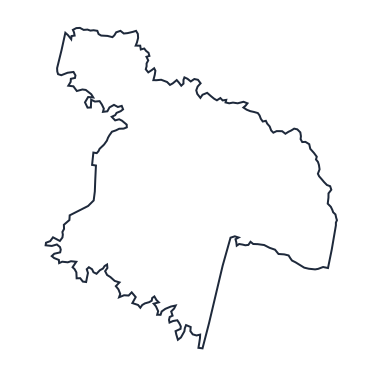 the district of Catanduvas, Paraná, Brazil, rotated 96°
{"feature_id": "56859067B59737068657378", "entity_name": "Catanduvas", "entity_type": "district", "adm_level": 2, "iso_a3": "BRA", "parent_name": "Brazil", "parent_adm1": "Paraná", "projection": "natural_earth1", "projection_center": [-53.163, -25.234], "detail": "fine", "context": "isolated", "style": "outline", "palette": "slate", "viewbox_px": 384, "rotation_deg": 96, "n_neighbors": 0, "source": "geoboundaries", "source_scale": "gbopen_adm2", "svg_char_len": 3996}
<svg xmlns="http://www.w3.org/2000/svg" viewBox="0 0 384 384"><g transform="rotate(96 192 192)"><path d="M234.6,47.0L210.1,45.4L207.4,45.7L204.9,44.9L202.6,45.9L199.3,47.0L197.4,49.5L195.1,50.6L192.2,52.4L189.4,55.8L183.4,55.7L179.1,56.1L175.2,53.7L171.8,55.2L170.9,58.6L168.3,61.7L165.7,64.4L163.1,67.2L160.7,68.7L156.1,67.5L151.8,68.6L148.9,69.9L146.7,72.1L143.9,71.6L140.4,74.8L136.7,78.9L132.2,80.4L130.3,84.4L130.8,87.6L128.1,89.5L125.1,89.5L121.4,90.5L118.7,93.8L118.3,97.0L120.5,99.8L122.0,102.3L124.3,105.2L122.1,108.7L122.6,114.2L124.5,117.3L122.5,119.7L118.7,121.6L116.1,124.4L113.5,126.0L114.5,129.0L112.0,131.2L108.8,132.8L106.6,134.8L105.9,138.9L105.5,142.5L104.4,146.3L102.6,149.7L100.5,147.7L98.0,146.1L96.9,150.2L99.0,155.8L98.8,160.6L99.9,164.3L99.4,168.0L96.8,167.6L97.7,171.1L95.6,173.6L98.2,176.8L97.0,179.6L94.8,183.0L91.8,187.3L94.2,191.7L97.5,193.5L93.9,197.0L90.4,198.4L86.5,197.4L83.0,194.8L79.8,197.8L79.4,201.5L82.2,204.8L79.9,208.3L78.8,211.5L81.5,212.2L85.1,211.8L87.4,213.8L84.6,216.4L82.3,218.9L86.0,222.5L87.8,225.1L85.2,228.3L83.6,234.4L84.5,238.9L84.8,242.1L79.4,241.3L75.2,241.1L72.9,242.6L75.0,244.8L77.6,248.0L74.8,250.8L71.7,250.3L68.9,250.6L65.7,249.3L62.3,251.4L61.1,248.6L58.1,249.8L56.5,252.4L54.3,254.5L55.6,257.8L51.9,258.8L52.3,263.3L49.1,262.4L44.4,261.7L40.4,262.4L37.6,264.5L38.9,267.5L40.7,272.6L41.5,276.4L39.2,280.0L41.1,284.1L44.3,285.6L46.3,287.3L45.6,292.4L45.9,298.7L44.7,301.4L41.6,303.0L41.4,306.8L42.1,309.9L41.4,312.9L42.1,316.7L40.5,320.6L41.1,324.2L43.2,327.4L45.6,326.0L48.7,325.1L49.5,328.1L52.7,328.1L49.0,331.7L46.9,334.6L64.7,336.6L82.9,339.1L86.2,338.6L88.8,337.5L89.5,334.2L86.4,328.2L85.0,322.4L88.2,320.1L90.8,320.3L92.1,324.3L95.2,324.2L99.2,326.1L99.3,321.0L103.6,317.1L101.5,311.7L101.6,308.3L105.3,302.4L108.3,300.1L108.4,305.2L114.0,307.8L119.0,304.7L118.5,301.4L114.4,301.7L110.8,301.9L112.2,298.0L111.3,293.4L114.4,290.8L118.3,288.4L121.6,288.9L120.6,284.6L116.5,282.9L113.5,278.7L115.2,274.6L113.7,270.9L117.0,269.2L119.1,271.4L121.2,275.3L123.6,276.4L125.6,279.7L128.8,275.9L127.3,272.0L128.4,269.1L131.8,264.0L134.5,263.6L136.1,266.6L136.7,271.0L138.7,274.2L140.4,277.9L144.3,280.1L146.8,281.2L149.8,282.0L154.0,284.4L158.7,288.4L161.2,289.3L163.3,290.8L163.1,294.2L175.5,294.2L175.7,290.3L189.7,289.5L201.7,288.7L210.7,288.9L216.8,293.9L228.0,311.2L232.7,311.0L238.0,316.0L242.1,315.4L245.3,316.7L247.9,316.0L250.8,316.1L254.5,318.3L251.6,325.5L255.7,327.9L257.7,331.9L260.3,332.0L260.3,325.8L258.3,320.9L260.6,317.5L263.1,316.5L265.8,316.8L267.8,322.5L270.4,324.8L272.1,322.2L273.5,317.3L276.6,316.7L274.9,313.8L274.9,308.2L273.5,305.1L273.5,299.8L279.3,302.9L281.0,300.7L284.0,298.6L289.9,297.7L289.4,294.2L292.5,291.2L292.6,287.9L288.1,287.5L283.4,287.0L279.8,288.6L277.6,286.7L279.3,283.3L282.1,281.6L283.3,278.4L279.4,275.4L277.4,272.5L274.8,271.2L273.0,268.9L276.4,268.2L279.8,270.1L283.4,267.8L285.1,264.3L288.5,259.6L289.5,254.7L293.6,257.9L296.5,255.0L300.9,252.7L304.3,253.5L301.8,248.8L301.6,244.2L298.1,241.5L302.4,237.0L308.7,239.7L310.0,233.8L312.5,231.3L309.6,229.7L307.7,227.2L306.0,223.0L304.3,220.7L301.6,220.5L299.8,218.5L303.1,216.1L305.2,213.5L307.1,218.4L309.5,215.9L314.1,213.2L317.7,213.8L317.4,210.4L314.0,209.7L311.0,206.3L308.1,201.0L306.6,196.4L309.8,197.6L313.0,200.2L317.0,198.4L318.6,201.1L321.6,201.5L324.2,200.7L322.3,197.4L321.1,193.2L323.9,190.9L326.8,189.1L329.3,189.1L332.1,193.8L335.4,192.7L340.4,190.6L337.8,187.8L331.3,185.0L328.2,184.9L325.0,184.0L326.4,179.2L330.5,179.1L333.5,176.4L334.2,172.5L333.0,169.0L336.5,168.8L341.0,169.0L346.3,169.3L346.4,165.2L321.0,161.4L262.0,153.8L233.4,148.9L231.6,144.8L232.4,140.9L234.4,143.8L237.3,142.7L240.7,141.9L238.8,139.7L239.0,136.3L239.4,133.4L238.7,130.4L235.4,128.6L237.3,125.7L237.0,121.1L237.2,114.7L239.4,109.0L240.7,103.4L244.6,99.5L244.4,93.7L245.0,89.3L247.7,87.2L249.7,85.4L251.1,81.7L255.5,72.5L256.1,67.9L256.1,61.5L255.3,58.6L252.9,53.8L253.4,48.8L234.6,47.0Z" fill="none" stroke="#1e293b" stroke-width="2"/></g></svg>